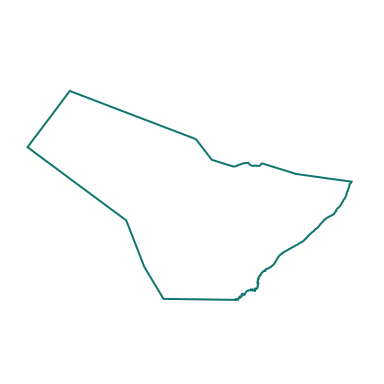 outline of Gagaemauga I, Gaga'emauga, Samoa, rotated 85°
{"feature_id": "51752279B56154317281841", "entity_name": "Gagaemauga I", "entity_type": "district", "adm_level": 2, "iso_a3": "WSM", "parent_name": "Samoa", "parent_adm1": "Gaga'emauga", "projection": "orthographic", "projection_center": [-172.292, -13.543], "detail": "fine", "context": "isolated", "style": "outline", "palette": "teal", "viewbox_px": 384, "rotation_deg": 85, "n_neighbors": 0, "source": "geoboundaries", "source_scale": "gbopen_adm2", "svg_char_len": 2825}
<svg xmlns="http://www.w3.org/2000/svg" viewBox="0 0 384 384"><g transform="rotate(85 192 192)"><path d="M157.3,324.6L168.7,311.8L214.5,260.0L262.5,246.0L296.0,229.7L303.2,158.5L303.3,158.1L302.9,157.5L303.2,156.7L302.6,157.0L302.6,155.3L302.3,154.7L301.8,154.5L301.0,154.2L300.5,153.8L300.3,153.3L300.4,152.6L301.0,152.5L300.6,151.9L299.8,151.5L299.2,151.6L298.5,151.6L298.0,151.1L297.8,150.5L298.4,149.1L298.9,149.2L298.7,148.4L297.4,147.8L297.1,147.4L296.1,146.7L295.7,146.2L295.2,145.3L295.3,144.8L294.9,144.6L294.8,144.1L294.8,143.2L294.8,142.6L294.3,142.0L294.9,141.7L294.4,141.0L294.5,140.8L295.3,140.8L295.3,140.6L294.8,140.2L295.4,139.9L295.3,139.2L295.7,138.6L295.3,138.4L295.7,137.8L295.3,137.7L294.6,138.2L293.9,138.0L293.7,137.3L294.0,137.0L294.2,136.5L293.7,136.2L293.7,135.8L293.4,135.3L292.8,134.9L292.3,134.8L291.8,135.0L290.6,134.6L290.3,134.3L289.8,134.4L289.4,134.1L289.2,134.3L288.3,133.9L288.0,134.0L287.9,134.7L286.1,134.2L285.8,133.9L285.3,134.0L284.4,133.2L283.9,133.6L283.6,133.2L283.4,133.3L282.2,132.6L281.8,132.1L281.0,131.5L281.2,131.3L280.6,130.8L280.1,130.9L278.8,129.7L277.6,128.4L277.5,127.8L277.0,127.4L277.0,126.4L276.6,126.6L275.7,125.3L275.7,124.8L275.2,124.8L274.8,123.6L274.9,123.3L274.5,121.9L274.0,121.3L273.6,120.3L273.1,119.5L272.7,119.1L272.6,118.6L271.4,117.1L270.2,115.9L269.0,115.0L267.8,114.3L266.6,113.3L266.0,113.0L264.8,112.0L264.1,111.6L263.2,110.7L262.0,109.1L261.5,108.4L261.5,108.0L260.9,107.5L260.9,107.2L260.4,106.8L260.3,106.2L259.8,105.8L259.6,105.2L259.3,104.3L259.1,104.2L259.0,103.6L258.1,101.9L258.0,101.4L257.2,100.0L257.1,99.3L256.5,98.4L255.8,96.8L255.4,95.9L255.1,94.8L254.6,94.2L254.1,92.9L253.5,91.2L252.8,90.2L252.3,89.3L251.6,87.7L251.5,86.9L250.8,86.1L250.2,84.8L248.9,83.5L248.8,83.2L247.6,81.9L247.2,81.3L246.4,80.6L245.5,79.4L245.2,79.4L244.7,78.7L242.4,75.6L241.6,74.2L241.1,73.7L240.7,73.2L240.2,72.8L239.6,72.0L238.8,70.3L236.6,68.0L235.2,66.9L232.1,63.3L231.2,62.7L230.9,62.2L231.0,61.7L230.2,61.0L229.1,58.9L228.3,57.0L227.9,56.1L227.8,55.5L227.3,54.9L227.2,54.2L226.8,53.4L226.6,52.9L226.1,52.3L224.6,51.2L223.5,50.1L223.1,50.2L222.3,49.7L221.1,48.6L219.8,46.7L218.7,45.6L217.9,45.1L216.9,44.2L216.5,44.1L215.4,43.2L215.1,42.9L214.3,42.3L213.1,41.8L212.2,40.8L210.3,39.5L208.7,38.6L207.6,38.4L206.7,37.9L206.1,37.9L205.4,37.6L204.6,36.8L203.5,36.2L202.3,35.8L200.0,34.7L198.1,34.4L196.6,32.7L195.6,32.1L190.6,54.3L183.1,86.8L169.6,119.7L170.8,121.3L171.6,122.1L171.9,122.8L171.3,126.3L171.2,127.3L171.3,129.3L170.9,130.3L170.3,131.3L169.7,132.0L168.2,133.1L167.8,133.5L167.8,134.6L167.8,137.6L168.4,140.2L168.9,142.0L169.3,144.0L169.9,145.3L170.3,146.5L170.1,149.1L161.6,169.5L139.7,183.5L80.7,305.0L102.1,324.1L113.1,334.0L132.9,351.9L138.9,345.4L146.2,337.2L152.3,330.2L157.3,324.6Z" fill="none" stroke="#0f766e" stroke-width="2"/></g></svg>